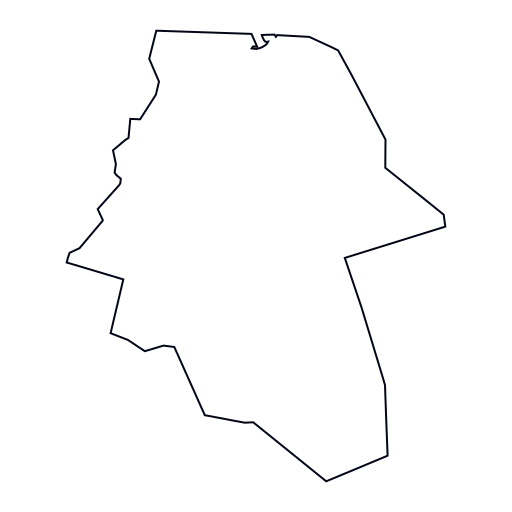 the district of Granados, Sonora, Mexico
{"feature_id": "50627088B73920432154329", "entity_name": "Granados", "entity_type": "district", "adm_level": 2, "iso_a3": "MEX", "parent_name": "Mexico", "parent_adm1": "Sonora", "projection": "albers", "projection_center": [-109.323, 29.751], "detail": "fine", "context": "isolated", "style": "outline", "palette": "ink", "viewbox_px": 512, "rotation_deg": 0, "n_neighbors": 0, "source": "geoboundaries", "source_scale": "gbopen_adm2", "svg_char_len": 1299}
<svg xmlns="http://www.w3.org/2000/svg" viewBox="0 0 512 512"><path d="M156.2,93.4L155.8,94.8L140.1,119.3L130.3,118.9L128.5,138.0L125.1,140.1L113.0,150.3L115.9,164.1L114.6,172.6L116.4,175.1L120.8,178.7L120.3,183.3L119.2,185.1L97.7,209.1L102.8,220.1L102.6,220.8L79.5,248.2L69.6,252.8L67.8,258.1L66.7,262.5L123.3,279.4L110.6,333.2L128.0,340.0L144.8,351.2L163.5,345.6L174.3,347.0L204.8,415.2L225.1,419.0L229.1,419.8L244.8,422.7L253.2,422.3L326.2,481.3L387.1,455.9L387.6,455.6L386.3,422.1L385.0,385.1L382.1,375.2L377.6,360.4L361.6,307.7L344.8,257.9L445.3,226.6L443.7,214.7L429.0,202.8L385.3,167.8L385.4,150.2L385.5,139.6L351.0,73.9L338.1,50.4L332.5,47.6L309.3,36.9L280.7,35.3L277.0,35.1L275.9,36.8L274.4,34.6L264.1,34.9L261.8,35.0L262.4,36.9L263.1,38.3L263.8,39.7L263.9,40.1L264.3,40.5L264.5,40.8L264.9,41.2L265.1,41.4L265.3,41.6L265.6,41.7L265.8,41.8L266.1,41.8L266.5,41.9L267.0,41.8L268.1,41.6L267.4,43.0L267.0,43.6L266.2,44.5L265.2,45.3L264.0,46.0L263.4,46.4L263.2,46.5L262.6,46.9L261.9,47.2L261.5,47.4L260.9,47.7L260.2,47.9L259.0,48.4L258.9,48.4L256.7,48.6L256.8,48.9L256.5,49.0L256.2,48.9L255.8,48.9L255.4,48.9L254.9,48.8L254.4,48.8L253.8,48.7L253.2,48.6L251.7,48.4L253.0,46.5L257.0,46.4L251.5,33.9L156.3,30.7L149.2,58.8L159.0,81.6L156.2,93.4Z" fill="none" stroke="#020617" stroke-width="2"/></svg>